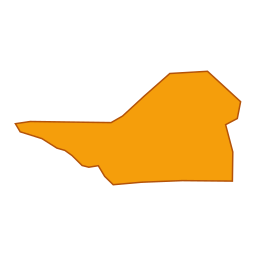 SVG path tracing the border of Amolatar
{"feature_id": "UGA-3070", "entity_name": "Amolatar", "entity_type": "County", "adm_level": 1, "iso_a3": "UGA", "parent_name": "Uganda", "parent_adm1": "", "projection": "albers", "projection_center": [32.647, 1.635], "detail": "fine", "context": "isolated", "style": "filled", "palette": "amber", "viewbox_px": 256, "rotation_deg": 0, "n_neighbors": 0, "source": "natural_earth", "source_scale": "10m", "svg_char_len": 429}
<svg xmlns="http://www.w3.org/2000/svg" viewBox="0 0 256 256"><path d="M207.5,71.3L240.6,101.7L237.3,118.5L225.6,124.7L232.8,152.0L232.4,181.1L182.2,180.6L141.7,182.2L113.2,184.7L104.7,176.4L98.3,165.7L88.8,167.2L82.1,165.5L72.0,155.5L64.9,150.4L56.9,148.1L41.9,138.6L20.2,131.8L15.4,123.7L30.3,121.5L88.1,122.3L111.1,122.6L122.5,116.1L144.2,96.1L169.8,73.5L207.5,71.3Z" fill="#f59e0b" stroke="#b45309" stroke-width="1.5"/></svg>